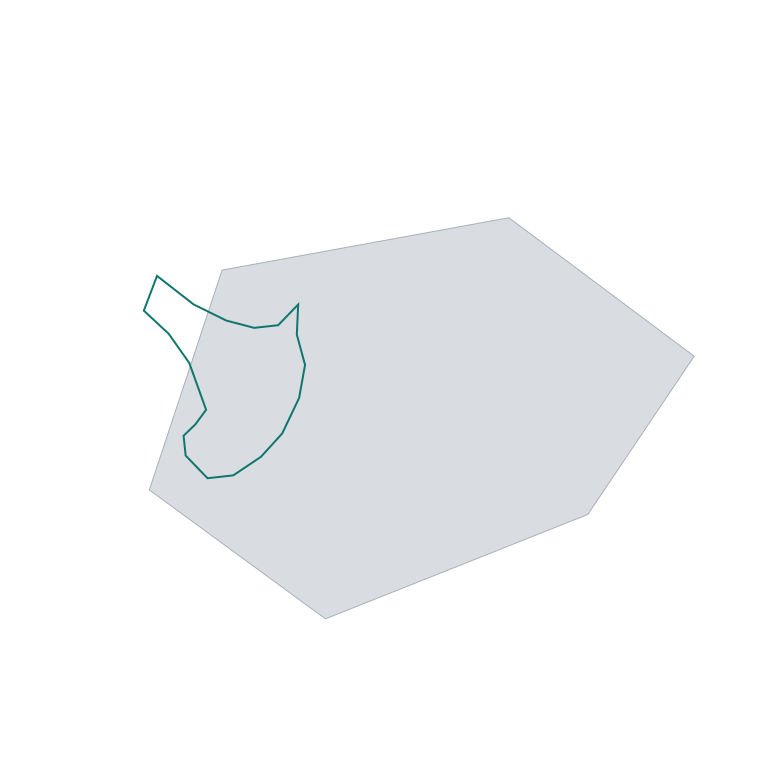 San Marino, with San Marino highlighted, rotated 46°
{"feature_id": "SMR-4884", "entity_name": "San Marino", "entity_type": "state/province", "adm_level": 1, "iso_a3": "SMR", "parent_name": "San Marino", "parent_adm1": "", "projection": "mercator", "projection_center": [12.418, 43.922], "detail": "fine", "context": "in_parent", "style": "outline", "palette": "teal", "viewbox_px": 768, "rotation_deg": 46, "n_neighbors": 0, "source": "natural_earth", "source_scale": "10m", "svg_char_len": 563}
<svg xmlns="http://www.w3.org/2000/svg" viewBox="0 0 768 768"><g transform="rotate(46 384 384)"><path d="M512.2,589.3L297.2,626.4L189.6,421.3L351.1,178.7L579.5,141.6L619.4,328.0L512.2,589.3Z" fill="#d9dde1" stroke="#a8b0b8" stroke-width="1"/><path d="M164.4,505.8L148.6,472.2L194.4,465.7L228.8,453.4L253.4,438.4L268.2,419.3L267.2,390.5L287.9,412.4L315.4,427.5L335.1,454.8L348.9,491.7L350.9,523.1L345.0,555.9L329.2,576.4L297.7,576.4L282.0,564.1L282.0,547.7L279.0,529.9L233.7,509.5L198.3,504.0L164.4,505.8Z" fill="none" stroke="#0f766e" stroke-width="2"/></g></svg>